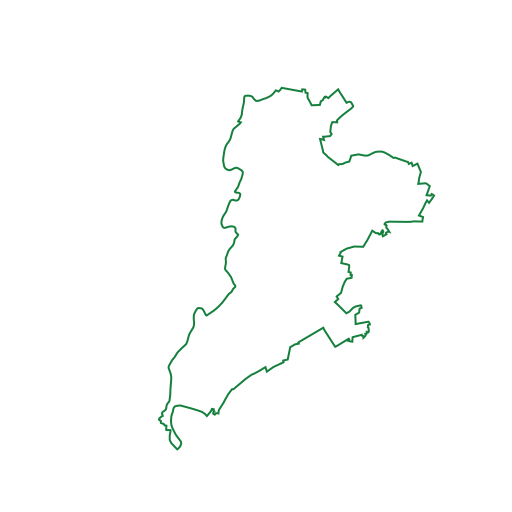 Thanh Mien, Hải Dương, Vietnam (Equal Earth projection), rotated 51°
{"feature_id": "81297802B67689154766571", "entity_name": "Thanh Mien", "entity_type": "district", "adm_level": 2, "iso_a3": "VNM", "parent_name": "Vietnam", "parent_adm1": "Hải Dương", "projection": "equal_earth", "projection_center": [106.217, 20.766], "detail": "fine", "context": "isolated", "style": "outline", "palette": "green", "viewbox_px": 512, "rotation_deg": 51, "n_neighbors": 0, "source": "geoboundaries", "source_scale": "gbopen_adm2", "svg_char_len": 6121}
<svg xmlns="http://www.w3.org/2000/svg" viewBox="0 0 512 512"><g transform="rotate(51 256 256)"><path d="M154.2,214.2L159.3,219.8L161.3,221.6L166.2,224.3L168.2,224.7L169.4,224.5L170.6,224.1L171.8,223.4L172.6,222.7L173.4,220.9L174.1,217.8L174.5,216.7L175.0,215.8L175.7,215.2L176.7,214.6L180.5,213.3L181.9,213.3L182.5,213.4L184.0,214.9L186.2,218.0L187.1,219.4L188.5,222.4L190.7,226.0L191.1,226.8L192.4,231.2L192.7,231.9L193.0,232.0L193.6,231.9L194.8,231.0L195.9,229.8L196.6,229.4L197.5,229.2L198.1,229.4L198.7,229.9L199.7,231.3L200.4,232.4L201.1,234.0L201.1,234.8L200.9,235.7L200.5,236.4L199.7,237.3L198.0,238.3L197.7,238.7L197.1,240.1L197.0,241.0L197.3,241.9L198.9,244.9L202.6,251.0L203.1,252.1L204.0,255.3L205.0,257.6L206.4,259.9L208.4,261.9L209.2,262.6L212.2,263.5L213.0,263.5L213.8,263.2L214.4,262.7L214.9,261.7L216.0,258.9L216.9,257.2L218.0,255.9L219.0,255.0L219.9,254.6L220.7,254.4L221.4,254.5L222.1,254.9L223.5,256.1L224.3,256.6L225.3,256.7L228.2,256.5L228.9,258.0L229.2,259.4L229.4,261.1L229.6,261.8L230.2,262.8L232.0,264.8L233.2,267.1L234.1,272.4L235.0,274.8L235.5,275.7L236.9,277.8L238.5,280.7L239.0,281.2L242.2,283.5L243.2,284.6L246.1,287.9L247.0,288.3L247.7,288.5L251.6,288.3L256.7,288.7L262.9,290.6L265.5,290.8L266.4,291.0L266.8,291.4L267.1,292.2L267.1,294.3L268.4,297.5L268.5,298.8L268.4,301.1L270.9,311.0L271.6,315.7L271.9,319.6L271.9,323.4L271.2,331.3L271.0,332.0L270.5,332.1L264.3,330.9L263.3,331.0L262.2,331.5L260.0,333.7L259.9,334.5L260.0,335.1L260.4,336.6L262.0,340.3L263.0,341.7L266.4,344.5L268.5,345.7L270.8,347.9L271.7,349.0L272.6,351.0L273.7,354.3L275.1,357.6L279.0,362.9L280.0,364.6L280.5,365.7L280.6,366.6L281.0,372.7L281.6,377.8L283.4,383.0L284.2,386.9L286.4,392.4L286.8,393.1L287.4,393.9L288.3,394.5L293.3,396.2L295.9,397.5L296.8,398.1L298.6,399.6L305.2,405.9L310.1,410.2L314.0,414.3L314.5,415.1L314.9,417.4L315.5,418.9L316.3,420.0L317.9,421.7L318.5,422.5L318.7,424.0L318.5,426.6L318.5,427.0L318.8,427.6L319.3,428.2L321.6,429.1L321.3,430.6L321.3,432.3L321.6,433.8L321.9,434.1L322.3,434.4L322.7,434.4L323.4,433.9L324.5,433.8L325.2,434.6L325.9,435.0L328.4,433.5L329.2,433.3L330.1,433.7L331.5,432.4L334.2,434.9L334.8,435.2L335.0,435.1L337.4,432.1L337.8,432.1L341.2,436.0L344.0,438.3L344.9,438.8L348.0,439.6L356.7,438.9L356.7,437.4L356.3,435.0L355.1,432.7L354.7,432.2L353.9,431.6L352.5,431.1L345.9,430.9L343.8,430.7L339.1,429.7L335.7,428.8L334.3,428.2L331.1,426.2L327.1,422.5L324.6,418.5L322.8,416.4L322.1,415.1L321.9,413.8L322.3,412.4L324.5,408.9L333.2,402.6L339.7,398.2L343.2,396.1L346.4,395.1L348.4,394.9L349.5,394.9L348.5,389.8L348.0,388.2L347.1,386.4L348.5,385.3L349.3,386.3L350.5,386.1L350.8,387.8L351.5,388.5L353.3,387.9L353.0,386.0L354.7,384.3L352.7,382.3L352.3,381.6L349.4,373.0L348.6,371.4L346.8,366.7L346.2,365.4L345.1,361.3L344.5,358.5L344.5,358.3L345.0,357.9L345.3,357.1L345.0,341.1L345.5,333.7L346.1,332.2L347.3,326.1L348.3,318.6L352.7,320.3L353.2,312.6L353.6,310.8L355.9,301.5L354.4,300.7L356.4,296.5L348.4,286.8L349.2,281.4L351.0,277.9L349.8,277.4L354.1,248.8L356.0,249.4L372.3,251.2L376.4,251.6L376.9,249.3L378.6,236.0L379.5,236.0L379.9,237.7L381.7,236.5L383.2,235.1L379.9,232.0L383.7,223.6L384.1,224.0L384.5,223.9L385.4,223.1L385.7,223.0L387.2,224.0L387.0,221.9L386.7,220.8L386.2,220.2L385.3,220.0L385.9,218.8L384.6,217.7L386.0,216.8L386.0,216.5L386.0,216.3L385.3,215.5L383.3,214.3L382.9,213.8L381.8,213.9L380.2,212.4L380.9,210.7L380.5,210.3L379.0,210.0L377.8,210.0L377.7,210.2L371.6,221.4L364.2,215.8L364.9,211.5L362.1,208.6L362.8,206.6L361.6,205.9L360.8,205.5L360.2,205.7L357.9,210.4L357.7,211.5L357.4,212.7L357.5,214.3L358.0,218.5L357.4,221.8L346.2,223.0L341.4,223.7L341.2,219.2L338.2,218.8L338.2,213.2L334.4,207.9L331.8,203.0L330.8,199.8L333.1,195.5L331.1,193.5L330.3,194.4L328.4,192.8L326.6,194.1L323.2,190.5L321.7,189.4L320.2,190.2L315.2,194.2L310.9,189.1L308.0,191.3L306.7,188.0L306.1,187.8L307.3,181.0L310.2,174.3L310.7,173.4L316.3,166.9L313.7,159.4L309.5,149.7L313.5,148.5L314.5,147.6L315.1,146.7L315.6,146.6L316.2,146.9L316.9,146.6L317.2,146.1L317.2,145.5L315.8,142.5L315.6,141.7L315.7,141.4L317.2,141.7L318.3,143.8L319.1,144.4L320.5,145.0L320.9,142.6L321.2,141.0L320.5,141.0L320.1,140.8L319.8,140.5L319.8,140.1L320.3,137.7L321.1,137.2L318.2,136.8L316.1,136.9L315.6,136.7L314.6,135.4L314.4,135.3L313.9,135.3L312.8,136.1L312.4,136.2L312.0,135.9L311.8,135.4L311.7,134.8L311.8,133.6L313.1,130.9L324.1,117.7L325.9,115.4L327.1,113.8L328.2,111.8L333.9,105.1L330.8,101.7L327.1,103.9L324.1,96.2L321.3,90.4L320.4,88.1L323.6,88.1L322.3,83.2L321.1,79.6L319.7,79.9L318.4,80.5L319.1,82.1L316.1,85.2L311.1,77.0L307.5,77.8L306.2,78.4L303.4,82.6L302.0,84.5L301.2,83.4L298.1,80.1L294.5,75.0L285.8,72.4L284.7,77.6L281.4,76.4L280.6,79.3L278.8,78.7L267.1,86.0L266.7,86.5L266.3,87.4L261.2,89.0L256.3,91.0L254.0,92.6L252.0,95.1L250.9,96.7L250.2,98.1L249.3,101.5L248.6,105.1L248.0,106.3L246.3,108.4L241.5,112.4L238.0,118.9L240.0,121.8L241.3,124.2L239.7,127.6L239.2,130.0L238.8,131.0L237.3,133.3L236.9,133.6L237.1,134.8L223.7,137.9L222.8,137.8L217.9,138.6L215.5,137.3L205.4,132.6L206.7,131.4L208.6,130.1L205.5,128.8L206.8,127.1L209.4,123.0L208.8,120.5L206.3,120.2L201.9,115.7L200.2,112.8L200.0,112.4L203.2,108.8L201.6,107.7L201.5,107.2L201.1,103.1L201.0,100.3L201.1,94.8L201.3,90.0L201.1,87.1L200.7,86.1L197.3,85.5L196.1,85.5L195.1,86.1L194.5,86.9L193.9,89.2L180.6,87.7L178.2,87.3L178.5,97.5L178.8,100.4L176.1,101.4L176.3,102.5L175.6,102.7L175.9,103.8L176.9,105.8L176.6,108.3L178.8,111.3L178.2,112.1L173.9,117.9L168.3,116.7L166.6,116.6L165.2,116.1L164.4,115.6L162.0,113.4L160.2,114.7L157.7,113.1L156.7,114.0L155.6,115.2L157.0,116.9L141.5,130.2L142.2,133.0L142.4,134.9L139.8,136.3L140.7,140.9L140.8,142.9L140.6,145.0L139.6,149.0L138.6,151.5L137.4,155.3L136.7,156.8L135.7,158.1L135.1,158.5L132.6,158.8L130.1,158.6L128.2,159.5L126.3,161.3L124.8,163.5L124.8,164.6L125.2,165.2L129.1,168.8L132.4,173.0L134.5,175.4L137.2,178.1L138.7,180.6L139.3,182.1L139.8,184.2L140.2,185.2L142.6,183.7L143.0,185.4L143.1,192.5L143.2,193.4L143.4,194.1L143.9,195.2L144.6,196.3L148.5,201.7L149.2,203.1L149.9,204.9L150.7,208.2L151.2,209.5L152.4,211.7L154.2,214.2Z" fill="none" stroke="#15803d" stroke-width="2"/></g></svg>